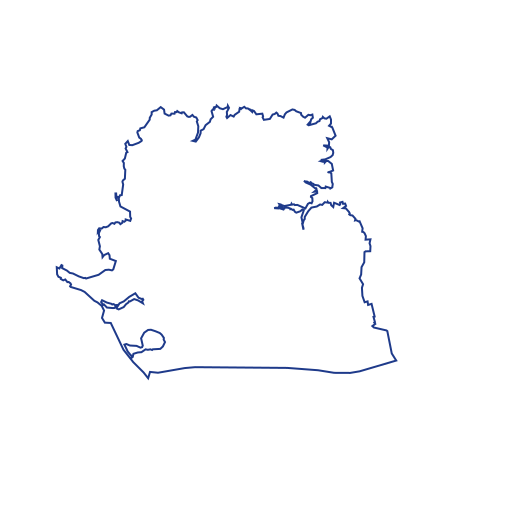 KaipÄtiki Local Board Area, New Zealand, rotated 117°
{"feature_id": "76426892B5692080734545", "entity_name": "KaipÄtiki Local Board Area", "entity_type": "district", "adm_level": 2, "iso_a3": "NZL", "parent_name": "New Zealand", "parent_adm1": "", "projection": "albers", "projection_center": [174.713, -36.79], "detail": "fine", "context": "isolated", "style": "outline", "palette": "blue", "viewbox_px": 512, "rotation_deg": 117, "n_neighbors": 0, "source": "geoboundaries", "source_scale": "gbopen_adm2", "svg_char_len": 6164}
<svg xmlns="http://www.w3.org/2000/svg" viewBox="0 0 512 512"><g transform="rotate(117 256 256)"><path d="M188.4,167.1L186.4,169.6L185.9,171.1L186.2,172.4L182.9,173.6L178.1,179.4L178.6,179.7L178.6,183.2L179.3,183.9L177.7,184.3L176.1,188.4L176.8,190.5L176.6,191.8L175.5,191.8L174.5,193.2L172.8,197.5L173.8,200.1L170.5,198.5L168.8,200.4L170.0,202.1L168.5,203.5L170.2,205.4L171.3,204.5L172.6,204.6L173.1,210.6L177.3,209.4L176.6,212.0L174.8,213.7L175.7,215.6L175.3,216.4L175.8,216.2L176.9,219.2L180.4,220.2L181.0,222.3L184.3,224.3L187.7,228.6L192.5,229.8L199.0,230.3L200.9,229.4L202.6,229.7L207.0,228.8L209.7,226.3L211.0,225.7L206.0,229.7L205.0,229.7L200.9,233.1L193.4,234.2L193.6,235.9L196.0,236.8L199.1,239.8L198.9,241.5L197.6,243.5L198.3,244.3L198.1,246.3L198.7,246.7L198.2,247.4L198.4,249.2L199.7,252.3L202.1,252.6L202.8,256.8L203.4,257.5L205.1,261.5L203.9,260.3L202.4,256.7L201.5,256.3L201.6,254.4L201.0,253.3L200.0,256.2L201.0,258.0L199.7,258.0L199.2,258.8L198.9,257.6L199.8,257.3L199.0,256.5L198.6,253.4L194.4,248.0L193.3,248.1L193.9,247.2L192.7,245.6L193.0,244.6L191.7,242.3L191.2,233.6L185.9,233.4L184.1,232.2L183.8,230.4L181.6,230.5L178.8,232.1L178.4,233.9L177.7,234.2L172.2,230.0L170.7,230.9L172.3,233.3L169.5,232.1L168.6,232.7L168.3,233.3L168.8,234.1L167.6,239.7L167.9,245.0L167.2,247.4L167.3,246.1L166.5,244.3L166.7,241.5L165.4,240.8L165.9,239.4L165.7,237.5L166.3,236.9L164.8,232.4L165.8,228.6L164.0,225.0L162.5,225.4L161.7,220.8L162.1,220.4L160.2,219.2L157.0,220.3L155.5,222.1L148.2,226.4L147.9,227.9L148.5,229.2L148.6,229.8L148.6,230.4L148.4,229.3L144.8,226.1L139.5,230.3L138.6,234.8L139.4,236.5L141.4,237.1L140.0,237.8L141.6,238.9L142.1,241.4L141.4,240.8L140.5,241.2L138.5,238.2L134.0,234.5L131.3,233.5L129.0,234.0L126.8,235.5L126.6,237.9L125.4,239.2L126.3,240.8L128.0,241.0L126.9,241.5L126.9,246.3L124.6,241.1L121.4,242.5L118.7,246.0L117.7,241.5L112.7,239.7L107.0,246.2L106.4,247.2L106.8,247.6L106.8,250.0L104.0,249.3L100.4,251.1L98.1,253.7L101.7,255.6L102.3,257.5L101.7,259.6L102.9,259.4L105.1,261.0L107.0,260.7L108.4,262.1L110.5,262.8L115.6,268.4L115.5,269.6L112.6,268.9L113.0,268.1L109.1,268.9L107.0,268.1L104.4,270.0L105.9,271.5L106.4,273.4L110.5,275.1L110.5,277.2L109.6,279.9L108.2,280.8L108.8,285.9L108.3,287.9L108.9,290.1L114.2,294.0L116.6,294.6L120.2,294.3L120.2,297.7L120.9,299.7L119.3,301.6L119.0,303.0L121.0,303.8L122.4,305.4L127.6,305.9L131.1,310.8L129.4,313.1L128.3,313.1L126.3,315.0L129.6,320.0L127.7,323.6L127.8,325.0L129.4,324.7L128.9,326.4L128.1,327.0L128.2,328.2L128.6,327.9L128.2,330.3L129.0,331.8L128.4,334.2L130.8,335.6L131.3,337.3L132.1,336.5L132.5,337.4L135.1,336.5L139.9,339.1L141.9,339.2L142.0,342.7L146.2,344.4L145.4,345.6L143.5,345.8L140.9,347.4L136.3,347.3L134.9,349.3L136.8,348.7L137.0,349.6L140.2,352.1L140.8,355.3L139.8,359.4L141.2,359.1L142.1,360.4L143.0,359.9L143.1,360.8L144.8,360.0L145.1,361.1L147.1,361.4L151.4,357.4L154.8,358.5L157.4,358.0L162.3,360.3L166.8,360.3L169.4,362.2L171.8,361.1L176.3,360.7L181.4,361.6L182.1,364.6L179.8,362.8L172.4,363.7L166.6,366.3L163.0,369.8L161.4,369.7L159.7,372.1L160.1,374.5L159.2,376.7L161.9,378.0L162.6,379.1L162.8,380.6L160.7,385.5L161.6,387.1L162.6,387.0L163.0,390.0L162.6,392.0L163.9,392.1L164.5,393.5L166.2,393.2L167.5,396.0L169.5,396.1L170.6,397.6L170.6,402.1L167.3,404.4L166.6,408.5L171.2,410.5L172.7,412.6L175.2,414.3L177.3,413.2L181.1,413.4L182.8,412.6L192.0,413.9L194.8,417.0L196.7,416.6L198.4,418.1L199.8,417.8L203.5,413.8L203.8,411.8L204.7,410.3L205.5,410.2L208.4,411.9L213.4,416.5L214.6,419.3L211.8,422.4L215.4,423.4L217.6,421.0L219.4,421.0L221.8,417.7L222.9,418.5L228.7,417.1L231.9,418.0L233.1,416.0L236.0,414.6L237.9,413.0L238.5,411.6L246.7,407.9L249.2,408.9L250.5,408.7L252.6,406.8L262.7,403.3L263.6,404.7L265.6,404.6L266.5,407.4L263.8,409.0L264.1,409.6L267.8,407.6L270.1,404.7L267.4,407.1L266.4,404.7L269.8,402.7L273.4,399.3L273.6,388.4L278.2,385.9L279.3,384.3L281.8,384.0L282.6,388.7L283.7,388.2L285.3,388.9L285.5,390.7L287.1,390.2L289.2,391.3L288.4,392.9L288.8,394.9L289.9,396.5L291.6,396.8L291.7,398.7L292.6,399.8L296.7,401.2L298.6,402.9L299.4,405.0L301.7,406.0L302.5,408.3L304.6,408.6L306.4,407.8L304.0,407.5L304.1,406.5L306.9,406.4L309.5,404.9L310.0,403.7L313.3,403.8L318.2,399.5L321.4,398.5L324.0,393.9L326.7,392.2L324.1,391.7L320.6,389.0L321.8,386.9L324.8,385.0L324.1,378.6L332.7,377.1L334.2,377.8L335.0,380.9L336.9,383.9L344.2,387.7L353.2,397.2L353.0,398.1L353.9,399.4L354.6,404.6L354.7,411.2L355.6,414.3L354.8,417.9L354.8,423.2L352.4,424.2L352.4,425.2L356.4,425.5L356.5,428.4L362.6,424.9L364.2,422.6L364.0,420.0L365.1,419.5L365.2,416.7L363.5,415.3L364.9,412.2L364.2,411.1L364.6,408.9L365.4,407.8L367.4,407.9L367.7,407.1L365.8,396.5L365.8,392.4L369.3,379.7L369.3,376.2L370.5,370.8L373.6,366.6L381.1,365.1L384.0,360.4L381.6,355.0L399.7,331.5L404.3,321.5L402.5,320.9L401.2,321.5L401.3,322.5L399.3,327.0L394.7,333.0L393.3,331.6L393.0,327.7L390.3,321.6L390.1,317.3L388.9,316.1L387.3,316.2L381.5,321.0L375.1,320.8L370.9,318.6L369.4,316.1L368.7,311.6L368.3,306.8L368.9,304.4L370.8,300.9L372.4,300.3L374.0,298.0L378.9,297.9L382.2,299.1L386.0,305.6L386.9,305.9L387.1,307.7L388.7,309.8L389.3,312.0L393.7,314.4L395.6,317.5L398.8,320.8L401.9,320.0L404.4,321.2L406.3,317.2L410.8,303.3L413.9,296.6L407.4,297.8L404.5,290.3L388.2,268.6L382.7,259.8L341.5,177.3L329.6,148.8L324.6,133.3L317.4,119.0L311.7,111.3L285.5,83.6L281.2,90.8L263.3,104.9L263.1,106.0L266.2,118.5L265.6,120.5L262.4,118.9L261.6,120.4L260.9,120.0L256.9,123.7L256.1,122.8L246.2,131.3L248.7,133.9L245.8,136.0L247.9,138.2L243.2,143.1L236.2,147.2L232.5,147.8L228.9,153.6L224.8,153.9L218.0,156.9L212.5,156.7L203.3,161.1L202.1,160.5L199.9,156.4L195.2,158.5L193.1,160.6L189.2,161.6L191.7,165.8L188.4,167.1ZM348.1,336.9L349.5,335.3L349.1,340.9L349.7,345.0L353.7,347.7L354.1,348.7L355.4,348.6L357.9,349.9L361.6,350.7L365.9,354.1L366.0,356.1L365.4,356.5L365.2,358.3L366.4,358.3L367.3,359.7L369.6,365.4L368.2,369.5L368.9,369.9L367.3,373.1L365.3,373.1L365.2,367.7L364.2,362.9L364.5,362.1L363.5,361.0L363.8,359.2L363.2,358.3L364.9,358.3L365.1,356.6L360.1,356.1L356.5,353.2L350.0,350.4L344.0,346.6L346.5,341.7L346.2,338.4L345.5,337.5L346.2,336.5L348.1,336.9Z" fill="none" stroke="#1e3a8a" stroke-width="2"/></g></svg>